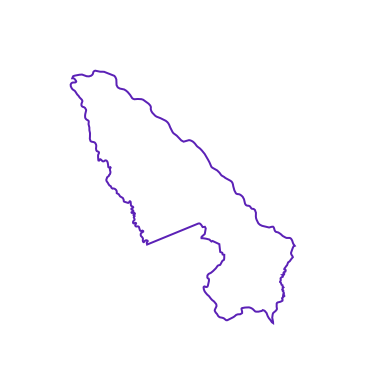 Mutarara, Tete, Mozambique (Robinson projection), rotated 158°
{"feature_id": "85939544B58328889190937", "entity_name": "Mutarara", "entity_type": "district", "adm_level": 2, "iso_a3": "MOZ", "parent_name": "Mozambique", "parent_adm1": "Tete", "projection": "robinson", "projection_center": [35.123, -17.229], "detail": "fine", "context": "isolated", "style": "outline", "palette": "violet", "viewbox_px": 384, "rotation_deg": 158, "n_neighbors": 0, "source": "geoboundaries", "source_scale": "gbopen_adm2", "svg_char_len": 6017}
<svg xmlns="http://www.w3.org/2000/svg" viewBox="0 0 384 384"><g transform="rotate(158 192 192)"><path d="M260.4,342.3L259.6,342.0L259.1,341.7L258.4,340.5L257.9,338.4L258.0,337.7L258.3,337.5L259.1,337.3L261.7,338.2L262.9,338.1L263.8,337.5L264.3,337.0L264.8,335.3L264.6,333.0L264.2,331.8L262.8,329.7L262.5,328.6L261.9,325.4L261.2,323.7L260.8,321.8L259.6,318.9L259.5,317.7L259.7,317.1L261.5,315.1L262.0,313.9L262.0,313.0L261.6,312.1L260.3,311.0L259.7,310.0L259.4,308.0L259.6,307.3L261.8,304.2L262.6,302.7L263.1,301.3L263.2,300.4L263.0,299.5L262.6,298.6L261.5,297.2L261.3,296.8L261.4,295.8L262.5,293.7L263.0,290.3L264.0,287.7L264.5,284.8L265.9,281.5L266.8,279.6L267.0,277.6L266.9,277.0L266.3,276.3L264.3,275.0L263.6,274.2L263.3,273.2L263.2,272.1L263.3,271.2L263.6,270.4L264.7,268.3L265.1,266.6L264.9,265.6L263.5,264.1L263.5,263.3L263.8,262.8L265.2,261.5L266.1,259.3L266.9,256.7L266.9,256.2L266.3,255.9L265.8,256.1L265.2,256.8L264.7,256.7L264.2,256.0L263.5,254.2L263.0,253.7L262.2,253.5L260.7,253.8L260.3,253.7L259.6,253.2L259.2,252.3L259.1,251.1L259.6,248.7L260.2,246.7L260.2,246.3L259.7,245.6L258.5,245.7L258.3,245.2L259.6,243.8L259.8,243.4L260.1,241.1L260.6,240.2L261.6,239.1L262.5,238.8L263.2,238.0L265.0,237.5L265.4,237.2L266.1,236.2L266.6,235.9L267.0,235.1L267.1,233.9L266.6,232.0L266.5,230.8L266.1,229.0L265.2,227.9L265.0,225.8L264.4,224.9L263.7,224.8L262.9,224.3L262.1,223.4L261.6,222.3L261.5,221.0L262.2,219.1L260.8,217.4L260.3,214.9L258.4,212.4L258.3,211.6L258.3,210.4L258.7,209.0L258.5,208.4L255.3,205.8L254.4,205.9L253.5,206.6L253.0,206.7L252.6,206.0L252.9,204.7L253.5,203.0L253.6,202.3L253.4,201.7L252.4,200.6L252.2,199.9L252.3,199.7L252.7,199.5L254.2,199.3L254.6,199.0L254.6,198.4L253.5,197.0L253.5,196.4L253.7,196.1L254.0,196.0L255.6,195.9L255.8,195.6L255.5,195.0L253.6,194.6L253.3,194.4L253.0,193.4L253.3,193.0L254.6,192.8L254.9,192.6L254.8,192.1L254.2,191.3L254.3,191.0L255.2,190.7L255.5,190.3L255.4,188.6L255.6,187.8L257.5,186.8L257.8,186.4L258.2,185.6L258.1,185.0L257.8,184.7L256.0,184.6L255.6,184.2L255.6,183.8L256.9,182.7L257.2,182.2L257.1,181.4L256.7,180.9L255.3,180.5L254.6,180.1L254.3,179.5L254.6,176.3L254.4,175.4L253.7,174.8L252.5,174.8L251.9,174.1L252.1,173.5L254.0,173.1L254.8,172.8L255.3,172.2L255.7,171.2L255.8,170.5L255.0,168.4L254.9,167.3L255.9,165.2L256.0,164.2L255.6,163.6L255.3,163.6L253.9,164.4L252.8,164.5L252.3,164.3L251.5,163.6L251.4,163.1L252.8,162.1L253.1,161.4L253.3,160.1L198.1,160.4L197.1,160.2L196.3,159.5L195.7,157.9L195.3,155.5L193.1,154.9L192.9,153.1L195.9,148.3L199.8,146.9L200.4,146.1L200.5,145.6L198.9,144.9L196.4,143.4L193.7,141.4L192.5,138.8L191.3,138.9L186.2,133.4L188.3,125.9L186.7,124.3L187.0,122.6L185.6,121.7L186.9,118.6L187.7,117.2L188.3,117.0L189.2,116.9L190.0,116.5L193.1,113.9L194.4,114.0L194.8,114.1L195.8,114.0L198.5,112.3L202.1,110.8L204.7,110.0L207.3,109.8L208.6,109.1L209.1,108.6L209.8,107.0L209.7,106.1L209.0,105.4L209.1,104.3L209.8,102.9L212.3,99.3L213.1,98.5L213.6,98.4L214.6,98.6L215.6,99.7L216.2,99.8L216.7,99.6L217.0,99.2L217.5,97.3L217.5,95.0L217.1,93.5L216.4,91.3L215.2,88.9L214.5,86.2L213.8,84.3L212.6,82.3L211.6,79.1L211.7,78.0L212.1,76.9L214.9,74.3L215.4,73.4L215.2,71.4L214.5,69.5L214.2,67.3L213.7,66.2L213.1,65.4L211.1,64.1L209.9,63.1L208.4,60.4L208.1,60.2L207.2,59.9L201.1,60.4L199.4,60.7L197.0,61.5L195.3,61.4L193.1,60.6L191.6,60.8L190.9,61.0L190.4,62.1L189.9,65.1L189.7,65.4L189.0,65.6L186.1,65.0L182.4,63.7L181.1,62.7L180.2,61.7L179.5,60.7L178.2,57.7L177.4,57.0L175.4,56.2L171.9,55.6L170.6,56.0L169.6,55.1L169.1,54.5L168.2,51.8L168.3,48.7L168.0,46.3L167.3,44.1L166.7,41.3L165.9,40.1L165.5,41.2L164.7,45.4L163.1,48.2L162.4,49.1L161.8,49.5L159.0,50.4L157.4,51.3L156.9,52.2L156.5,53.9L155.3,56.8L154.7,57.3L154.0,57.5L151.0,57.1L148.9,57.3L148.4,58.0L148.4,59.3L148.3,59.8L147.5,59.9L147.3,60.1L146.5,61.6L146.3,61.6L145.8,60.8L145.4,60.9L145.2,61.9L145.8,62.6L145.8,62.8L145.6,63.2L144.7,63.7L144.6,64.6L144.9,66.0L144.4,66.2L144.3,66.4L144.8,67.1L144.9,67.7L144.4,68.1L144.1,68.2L143.9,69.1L142.9,69.3L143.3,70.7L143.0,71.6L143.7,72.4L143.6,74.6L144.1,75.5L143.9,76.0L143.3,76.3L142.7,77.0L142.5,77.7L142.5,78.2L142.2,78.8L140.9,79.4L139.6,79.4L138.9,80.4L139.3,81.2L138.0,80.9L137.5,81.0L137.2,81.5L137.7,82.0L137.7,82.5L136.9,83.2L135.3,83.2L134.6,84.0L134.4,84.6L134.5,84.9L135.2,85.4L135.4,85.7L135.0,86.4L133.7,87.1L132.6,87.9L131.4,88.4L129.3,90.7L127.3,91.2L125.3,92.5L122.9,93.8L122.9,94.7L123.3,96.9L123.1,98.2L122.8,98.7L119.7,102.2L118.2,103.6L116.9,103.6L117.4,105.4L117.5,106.9L117.3,109.5L117.6,111.4L118.0,112.2L118.6,112.8L121.4,113.9L122.3,114.7L124.4,117.3L125.5,119.7L127.1,122.1L129.2,123.7L129.6,124.6L129.7,125.8L129.5,127.4L129.5,128.6L129.9,129.5L131.2,129.9L133.8,130.2L139.7,134.4L141.3,136.2L142.2,138.1L142.5,142.0L142.4,143.7L142.0,145.3L140.5,148.8L140.4,151.8L141.2,153.2L142.7,154.0L143.1,154.6L143.6,156.8L143.9,157.3L144.6,158.0L145.8,158.6L146.4,159.1L146.9,159.8L147.2,161.3L146.5,165.8L146.8,168.6L147.5,170.1L148.2,171.3L149.2,172.3L150.9,173.2L151.6,174.0L151.8,174.5L152.1,177.6L151.6,181.9L151.2,183.7L151.1,185.4L151.4,186.8L152.2,188.1L155.9,192.6L156.5,193.8L158.3,196.1L158.7,197.1L159.3,199.6L160.6,202.6L164.1,207.0L164.6,208.2L164.7,213.0L165.0,215.8L166.0,222.6L167.3,226.8L168.3,229.3L170.0,232.1L170.4,233.1L171.1,235.7L171.8,237.4L172.4,238.5L173.2,239.5L174.1,240.4L175.3,241.2L180.9,241.8L182.6,243.8L185.0,249.9L187.2,253.5L187.6,255.1L188.0,260.0L188.0,262.8L188.2,264.5L188.7,266.1L189.7,267.9L193.5,272.2L196.7,275.2L197.6,276.6L199.1,280.4L199.4,282.4L199.2,284.3L198.3,286.2L198.3,286.9L198.3,287.8L199.2,290.2L202.7,295.8L204.1,297.0L207.5,298.6L210.7,299.6L211.7,300.5L212.3,301.4L213.0,305.2L214.2,308.8L215.3,310.9L216.5,312.5L220.1,314.9L221.3,316.3L221.7,317.2L221.9,319.4L220.0,324.7L220.0,327.0L220.5,328.8L228.5,336.4L232.2,338.0L236.2,340.7L237.1,340.8L238.0,340.5L238.5,340.2L239.7,338.6L240.6,338.0L242.0,337.6L244.2,337.8L246.3,338.8L250.0,342.1L252.5,342.9L257.1,343.8L258.4,343.9L259.0,343.8L260.4,342.3Z" fill="none" stroke="#5b21b6" stroke-width="2"/></g></svg>